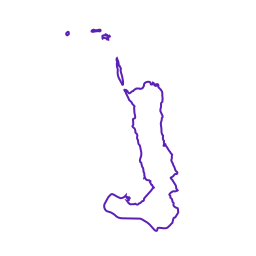 map outline of Sulawesi Selatan (Natural Earth projection), rotated 168°
{"feature_id": "IDN-1236", "entity_name": "Sulawesi Selatan", "entity_type": "Province", "adm_level": 1, "iso_a3": "IDN", "parent_name": "Indonesia", "parent_adm1": "", "projection": "natural_earth1", "projection_center": [120.285, -4.627], "detail": "fine", "context": "isolated", "style": "outline", "palette": "violet", "viewbox_px": 256, "rotation_deg": 168, "n_neighbors": 0, "source": "natural_earth", "source_scale": "10m", "svg_char_len": 5768}
<svg xmlns="http://www.w3.org/2000/svg" viewBox="0 0 256 256"><g transform="rotate(168 128 128)"><path d="M144.2,62.5L144.3,62.2L144.1,61.0L143.7,60.2L143.4,60.6L143.1,60.6L143.0,60.2L142.7,59.2L142.5,58.8L142.2,59.1L141.9,59.9L141.8,60.1L141.5,60.1L141.2,59.8L141.0,59.5L140.9,59.2L141.1,58.7L141.6,58.6L142.0,58.3L142.2,57.4L142.8,57.6L143.1,57.4L143.6,56.4L144.0,56.7L143.0,54.4L142.6,54.1L142.6,53.9L142.4,53.6L141.9,53.1L141.6,52.9L137.6,52.2L136.9,52.4L136.6,52.4L135.6,51.4L134.8,51.2L134.0,51.2L133.5,51.5L133.1,51.8L132.6,52.0L131.9,52.0L131.4,52.2L129.6,53.3L129.1,53.5L128.4,53.5L127.7,53.8L127.4,54.3L127.2,55.0L126.9,55.6L126.3,56.2L118.1,62.2L116.8,63.5L116.1,64.0L115.1,64.3L115.3,64.8L115.9,65.4L116.2,66.9L116.3,67.3L116.6,67.4L117.0,67.8L117.5,69.8L117.8,70.5L117.6,70.7L117.1,71.3L117.8,72.1L118.5,72.5L120.1,73.1L121.1,73.9L121.2,74.1L121.4,74.9L121.6,75.5L121.9,75.8L122.5,75.7L122.3,76.1L121.7,77.2L121.9,78.4L121.7,79.1L121.5,80.5L121.8,81.6L121.9,82.1L121.9,82.4L121.7,83.0L121.6,85.0L121.6,85.6L122.2,87.4L122.3,88.1L122.3,91.3L122.4,91.6L123.1,92.2L123.1,93.7L122.6,95.1L121.2,97.5L120.7,98.7L120.3,100.0L120.1,101.4L120.0,107.9L120.1,108.5L120.9,109.9L121.0,110.4L121.0,112.0L120.8,113.6L120.8,114.1L121.2,115.3L121.2,116.6L120.4,118.8L120.5,120.2L121.3,121.3L121.7,122.1L121.4,123.4L121.4,124.3L121.5,125.3L121.7,126.0L122.1,126.7L123.1,128.0L123.3,128.7L123.1,129.1L122.2,130.0L122.1,130.3L121.5,134.1L121.5,135.0L121.2,135.7L120.5,135.9L119.7,136.0L119.2,136.2L118.6,137.3L118.5,141.9L117.8,146.5L117.5,147.3L117.1,147.9L118.5,150.3L118.8,150.9L119.2,152.5L119.5,153.0L121.0,155.1L121.2,155.6L121.2,156.4L122.7,162.3L122.8,163.8L123.6,165.2L123.7,165.9L123.5,166.1L122.6,165.6L122.1,165.7L120.9,164.2L120.8,163.8L120.7,163.3L120.1,162.1L119.9,161.8L119.1,161.7L118.2,162.0L117.4,162.5L116.7,162.9L115.2,163.1L114.2,163.9L113.6,164.2L112.3,164.6L111.7,164.9L111.3,164.7L110.8,164.7L108.8,164.3L108.0,163.7L107.1,163.7L106.2,163.8L105.6,163.9L105.1,164.3L103.7,165.9L103.5,166.3L103.4,167.1L103.3,167.4L102.6,168.1L102.0,168.6L100.9,169.0L99.3,169.1L97.8,168.8L96.8,168.1L96.7,167.4L96.7,166.5L96.4,165.8L95.6,165.5L94.9,165.9L94.6,166.7L94.3,167.2L93.7,166.8L93.5,166.3L93.5,165.4L93.5,164.9L93.2,164.5L92.7,164.1L92.5,163.5L92.1,163.4L91.1,163.6L90.5,164.1L91.0,164.9L90.3,164.9L89.8,164.6L89.5,164.1L89.4,163.2L89.9,162.1L89.7,161.7L89.5,161.3L89.2,160.6L88.0,158.8L87.4,157.3L87.1,155.8L87.4,153.9L87.7,152.8L87.9,150.3L88.0,149.5L88.5,148.2L88.8,146.9L88.9,146.6L90.2,145.7L90.6,145.0L90.8,144.3L91.0,143.0L91.4,141.7L92.6,139.0L92.8,137.7L91.7,132.8L91.9,131.4L92.8,130.7L93.2,129.5L93.3,129.0L94.8,126.1L95.0,125.6L95.5,120.1L96.0,117.5L96.1,116.0L95.8,114.2L95.4,113.6L95.3,113.3L95.4,112.5L96.0,111.1L96.1,110.3L95.9,108.7L95.5,108.0L95.5,107.6L95.9,106.6L95.9,106.2L95.9,105.5L95.9,105.1L96.7,103.8L96.8,103.2L96.3,103.0L95.5,103.1L95.3,103.5L95.2,104.2L95.0,105.1L94.8,104.4L94.8,102.9L94.1,101.7L92.6,97.4L91.9,96.2L91.5,94.7L90.5,93.1L90.4,92.6L91.0,91.4L91.4,89.3L91.7,88.7L92.2,87.9L92.4,87.4L92.3,86.8L91.9,84.8L91.7,84.5L91.6,84.4L91.4,82.2L90.8,80.0L90.7,79.5L90.4,76.6L90.1,76.0L89.2,74.9L89.0,74.1L89.1,73.7L89.3,73.3L89.6,73.0L90.0,72.9L91.1,73.2L91.6,73.1L92.2,72.8L93.3,71.9L94.0,71.4L94.6,71.1L96.1,70.7L96.5,70.5L96.6,70.1L96.4,69.6L95.5,68.1L93.4,62.3L93.2,61.6L93.2,60.9L93.2,60.1L93.3,59.3L93.4,58.8L93.3,58.4L92.4,56.7L93.0,56.4L94.6,56.2L95.2,56.2L96.4,56.6L97.3,56.7L99.4,55.9L100.7,55.1L101.1,54.7L101.4,54.2L101.4,53.9L101.3,53.7L100.9,53.1L100.7,52.7L101.0,51.1L99.8,49.3L99.7,47.8L99.8,46.9L99.7,46.3L99.1,45.3L99.0,44.9L99.1,44.5L99.5,43.5L99.6,42.8L99.5,42.4L99.2,41.9L98.8,41.2L97.6,40.1L96.5,39.5L96.1,39.2L96.0,38.9L96.3,35.9L96.4,35.1L96.8,34.5L100.3,30.8L100.7,30.7L101.5,30.7L101.9,30.5L102.3,30.0L102.7,29.5L104.3,26.0L105.4,25.4L107.3,24.0L110.0,22.4L110.7,22.2L111.8,22.1L113.6,22.4L118.1,23.9L119.1,24.0L119.8,23.9L120.0,23.6L120.7,22.0L121.1,21.6L121.8,21.5L122.5,21.9L123.2,22.6L126.7,28.7L127.8,30.3L129.0,31.7L133.6,36.0L134.9,36.8L152.9,41.0L154.5,41.6L156.2,42.5L156.9,43.1L157.5,43.7L159.4,46.2L161.5,48.3L162.4,49.0L165.9,51.0L166.6,51.7L167.0,52.4L167.4,53.3L167.6,54.3L167.7,55.1L167.6,55.9L167.5,56.7L167.3,57.4L166.9,58.3L161.7,64.4L159.1,66.2L158.4,66.6L158.0,66.7L157.5,66.7L157.1,66.6L155.7,65.7L152.9,63.1L150.5,61.3L150.0,61.0L149.4,60.8L148.9,60.8L148.2,60.8L146.8,61.1L145.6,61.5L144.2,62.5ZM126.4,178.0L126.7,179.6L126.9,181.2L126.8,182.9L126.6,184.6L125.9,187.0L125.8,187.8L126.0,189.9L125.9,191.3L125.6,193.2L125.0,194.6L124.9,195.4L125.1,196.9L124.9,197.6L124.6,198.4L124.3,198.6L124.1,197.0L123.8,195.7L123.7,195.0L123.9,190.9L123.8,190.5L123.6,190.3L123.2,190.2L123.1,189.9L123.0,189.0L122.6,187.8L122.6,187.5L122.7,187.0L123.2,186.3L123.3,185.7L123.3,183.5L123.0,179.5L123.2,174.4L123.5,172.8L123.9,171.5L124.3,171.4L124.5,171.5L124.7,171.8L124.8,172.1L124.8,173.0L125.0,173.6L125.3,174.1L125.5,174.7L125.6,175.6L126.4,178.0ZM133.4,221.4L133.9,220.8L134.2,220.7L134.3,221.3L134.2,221.9L133.9,223.0L133.8,223.5L132.9,223.7L131.7,223.6L130.9,223.3L130.9,223.9L130.5,224.3L129.3,223.6L128.9,222.7L129.0,222.1L128.1,222.3L127.6,222.1L127.0,222.2L126.7,221.3L127.1,221.1L127.9,221.6L128.6,221.2L128.8,220.2L128.7,219.4L128.9,218.5L129.4,218.8L130.0,218.9L130.7,220.2L133.0,221.4L133.4,221.4ZM140.0,229.3L142.0,229.3L143.0,229.5L143.5,230.1L143.2,230.8L142.2,231.2L141.1,231.3L140.6,231.0L140.2,230.5L138.1,230.2L137.4,229.8L136.9,230.1L136.1,230.2L135.3,230.1L134.7,229.8L134.6,229.5L134.5,229.2L134.6,228.9L134.8,228.6L135.3,228.4L135.9,228.5L137.1,229.0L140.0,229.3ZM167.0,231.7L168.3,231.3L168.9,232.2L168.8,233.4L168.0,234.0L166.9,234.5L166.3,234.4L166.1,233.6L166.2,233.0L166.3,232.4L166.6,231.9L167.0,231.7Z" fill="none" stroke="#5b21b6" stroke-width="2"/></g></svg>